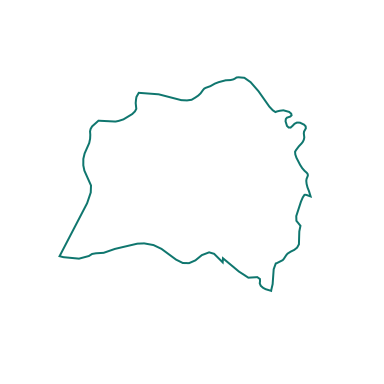 the border of Bình Phước, rotated 212°
{"feature_id": "VNM-484", "entity_name": "Bình Phước", "entity_type": "Province", "adm_level": 1, "iso_a3": "VNM", "parent_name": "Vietnam", "parent_adm1": "", "projection": "orthographic", "projection_center": [106.812, 11.797], "detail": "fine", "context": "isolated", "style": "outline", "palette": "teal", "viewbox_px": 384, "rotation_deg": 212, "n_neighbors": 0, "source": "natural_earth", "source_scale": "10m", "svg_char_len": 1922}
<svg xmlns="http://www.w3.org/2000/svg" viewBox="0 0 384 384"><g transform="rotate(212 192 192)"><path d="M187.7,127.6L196.5,126.6L205.3,123.1L211.0,119.2L227.2,102.9L234.7,93.6L241.0,89.1L243.9,86.5L245.5,83.1L252.5,75.6L266.5,68.6L270.3,67.4L270.5,70.0L275.0,126.9L277.6,137.9L281.1,144.0L294.6,153.1L298.3,157.0L301.7,162.5L303.5,167.8L305.1,179.0L306.6,183.1L308.5,186.5L310.6,189.4L311.4,191.8L311.5,194.7L309.1,202.9L294.2,211.2L291.8,213.5L288.6,217.3L284.0,226.4L283.1,230.1L283.3,233.0L286.9,237.6L288.5,240.8L289.5,243.2L289.7,247.9L272.0,257.2L249.8,264.2L244.8,267.0L241.2,270.0L239.2,273.9L237.8,277.1L237.0,280.1L236.7,284.4L236.4,286.2L235.5,287.7L232.5,291.5L230.0,296.1L227.5,299.4L222.6,304.6L218.7,307.3L216.8,309.2L215.9,310.5L214.9,312.7L213.4,313.9L208.1,316.6L200.5,316.2L189.0,312.7L171.7,305.4L166.8,304.1L163.6,304.0L162.5,305.5L160.5,307.5L157.8,309.7L152.1,311.4L149.4,311.0L148.2,309.8L148.6,308.1L150.9,305.3L151.1,303.6L150.1,301.5L146.5,298.4L144.2,297.9L142.5,298.9L141.8,301.3L141.2,304.2L139.8,306.5L137.2,308.0L132.6,308.5L130.4,307.9L129.2,306.3L129.0,302.6L128.2,300.9L125.7,297.8L124.9,295.7L124.6,293.4L124.8,291.3L125.6,287.3L126.0,282.5L125.9,280.7L124.3,278.6L121.6,276.4L114.7,272.3L111.1,270.6L107.8,269.6L104.8,269.1L103.4,268.5L102.6,267.6L102.3,266.7L101.8,263.9L101.0,262.0L99.1,259.6L96.5,257.1L93.1,254.6L89.1,251.1L91.7,250.5L92.8,250.3L94.1,249.9L95.1,249.2L95.2,246.2L94.5,241.6L90.8,226.8L88.2,222.9L82.1,220.8L80.1,215.4L73.6,204.3L73.4,200.5L74.6,197.1L76.6,193.9L78.3,190.4L78.6,188.4L78.7,183.8L79.0,182.2L82.5,176.4L83.1,175.8L81.8,169.8L74.8,156.6L72.9,151.0L72.5,150.1L78.1,148.6L80.9,148.4L84.0,148.9L86.1,150.4L87.1,152.5L88.3,154.2L91.5,154.4L98.8,149.2L110.1,149.4L130.6,152.2L128.7,148.6L140.5,151.3L145.5,149.9L150.2,143.7L152.9,135.8L156.8,130.1L162.2,126.9L166.7,126.5L169.6,126.2L187.7,127.6Z" fill="none" stroke="#0f766e" stroke-width="2"/></g></svg>